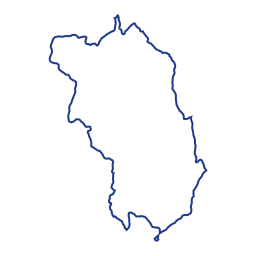 Itinga, Minas Gerais, Brazil
{"feature_id": "56859067B30106528147122", "entity_name": "Itinga", "entity_type": "district", "adm_level": 2, "iso_a3": "BRA", "parent_name": "Brazil", "parent_adm1": "Minas Gerais", "projection": "equal_earth", "projection_center": [-41.85, -16.599], "detail": "fine", "context": "isolated", "style": "outline", "palette": "blue", "viewbox_px": 256, "rotation_deg": 0, "n_neighbors": 0, "source": "geoboundaries", "source_scale": "gbopen_adm2", "svg_char_len": 5763}
<svg xmlns="http://www.w3.org/2000/svg" viewBox="0 0 256 256"><path d="M159.6,233.4L160.8,232.6L162.0,231.7L163.1,231.1L164.4,230.7L165.9,229.7L166.8,228.8L167.7,227.6L168.6,226.8L169.6,226.0L170.5,225.2L171.5,224.5L174.1,223.1L175.1,222.7L176.1,221.2L177.6,219.8L178.8,219.3L179.7,218.7L180.8,218.5L181.6,217.2L182.4,215.8L183.7,215.2L184.8,215.0L186.5,215.1L187.7,215.0L188.6,214.4L189.6,214.0L190.5,213.4L191.1,212.1L191.4,210.3L191.3,208.8L190.8,207.3L191.0,206.0L191.4,204.4L191.8,203.3L191.7,201.8L191.8,199.7L192.1,198.1L192.9,197.1L193.8,195.9L193.4,194.3L193.6,192.2L193.5,190.5L194.6,189.3L196.5,186.3L197.3,184.6L197.9,183.0L198.3,181.3L199.0,179.9L200.0,178.4L201.2,177.2L202.1,175.6L202.8,173.9L203.7,172.6L205.2,171.4L206.3,170.3L205.2,169.0L204.4,167.6L204.1,165.8L203.4,163.9L202.6,162.1L201.9,160.5L200.7,159.7L199.6,160.0L198.7,160.7L197.4,162.1L196.2,162.3L195.8,161.2L196.2,159.6L196.4,158.0L195.9,156.5L194.8,153.6L194.8,152.3L194.9,151.0L195.3,149.5L195.3,147.8L195.7,146.3L195.0,143.6L195.0,141.8L194.9,139.4L194.5,138.0L193.4,135.3L193.4,133.9L193.1,132.4L192.8,130.6L192.4,129.3L192.2,127.8L192.3,125.9L192.5,124.2L192.3,122.8L191.7,121.3L191.2,119.8L191.0,118.3L191.3,117.0L190.3,117.3L189.2,117.7L188.2,118.4L187.3,118.8L184.8,119.1L183.9,118.8L183.6,115.4L183.0,114.0L180.7,111.6L179.6,110.6L178.8,109.0L178.0,107.9L177.6,106.6L176.7,105.3L176.2,101.9L176.0,99.8L175.7,98.0L176.0,96.9L175.9,95.5L175.5,93.7L174.6,92.1L174.0,91.1L173.3,90.1L172.4,88.9L172.6,87.3L172.8,85.8L172.5,83.9L172.3,82.5L172.6,81.1L172.6,79.6L172.8,77.9L173.1,76.1L173.7,75.1L174.3,74.0L174.6,72.7L174.3,71.3L174.1,69.7L175.2,66.8L175.1,65.1L174.7,63.6L174.0,62.2L173.2,61.2L172.1,60.4L171.3,58.1L170.4,56.8L169.4,56.0L169.3,54.5L168.3,54.1L167.2,53.3L166.0,52.8L164.9,52.7L163.5,52.7L162.6,53.0L161.0,51.4L159.6,51.0L158.6,50.4L157.4,49.9L156.2,49.2L155.1,48.3L154.3,47.1L153.3,46.0L150.7,43.4L149.6,42.9L148.4,42.5L147.4,41.6L147.9,40.2L148.2,38.9L147.5,37.6L146.3,36.4L145.5,35.3L144.8,34.5L144.1,33.6L143.5,32.6L142.9,31.4L141.7,31.5L140.4,31.2L139.9,29.2L139.1,28.3L138.0,27.7L137.1,27.0L136.1,26.0L135.4,24.7L134.6,23.3L133.3,23.7L132.3,24.5L131.3,25.2L130.5,26.1L129.6,27.0L128.5,28.2L127.4,29.5L126.4,30.5L125.4,31.2L124.9,32.3L124.5,33.8L123.6,34.3L122.5,33.9L121.7,32.4L121.6,30.8L121.1,29.7L120.2,29.3L119.5,28.5L119.4,27.1L119.9,25.4L120.0,23.5L119.5,22.0L119.1,20.7L118.6,19.5L118.7,17.9L118.4,16.3L117.8,15.4L117.0,16.0L116.8,17.3L115.8,17.5L114.7,18.0L115.3,19.2L115.4,20.5L115.7,21.9L115.7,23.7L115.3,25.5L115.0,27.2L114.9,28.8L114.4,30.1L113.6,30.9L111.0,31.9L110.1,32.4L109.1,33.0L108.0,33.7L107.1,34.1L106.3,34.9L105.2,35.9L103.8,36.7L102.8,37.5L101.9,38.1L101.2,38.8L100.4,40.5L99.3,41.8L98.8,43.5L97.9,45.1L96.9,45.4L96.0,44.6L95.3,43.8L94.3,43.6L93.2,43.8L91.8,44.0L91.0,44.6L90.0,45.0L88.8,44.1L87.6,44.1L86.5,43.9L85.6,42.6L85.4,41.2L85.8,39.9L86.3,38.6L86.4,37.3L85.4,36.6L84.4,36.5L83.2,36.7L81.6,37.1L80.0,37.4L78.6,37.9L77.4,36.5L76.4,35.5L75.3,35.1L74.1,34.8L72.9,34.9L72.0,35.2L71.1,35.7L69.0,36.2L67.4,36.1L66.1,36.0L64.7,36.2L63.4,36.7L61.4,36.7L60.4,36.6L59.2,36.4L57.7,36.4L56.6,36.8L55.4,37.0L54.4,37.6L53.1,39.2L52.5,41.1L51.8,42.7L51.3,44.3L50.7,46.0L51.1,47.9L51.7,49.3L52.0,51.0L51.8,52.8L51.2,54.5L50.5,55.9L50.1,57.2L49.8,58.5L49.7,60.0L50.7,61.6L52.1,62.4L53.5,63.0L54.7,63.3L55.9,63.2L57.3,63.6L58.1,64.3L58.8,65.2L58.7,66.8L58.7,68.8L59.7,70.0L61.9,71.7L63.0,72.3L63.9,72.9L64.7,73.7L65.7,74.5L67.1,74.7L68.2,74.8L69.0,75.6L69.8,77.2L70.7,78.7L72.1,79.6L73.4,80.4L74.4,80.8L75.6,81.5L76.1,82.7L76.2,84.2L76.0,85.6L75.5,87.0L75.1,88.3L75.1,89.8L75.3,91.3L75.1,92.9L74.7,94.1L74.0,95.5L73.4,97.0L72.8,98.4L72.4,99.5L72.0,100.7L71.4,102.6L70.5,104.4L69.7,105.6L69.3,106.9L69.3,108.8L69.4,111.1L68.9,113.1L68.4,115.0L68.3,116.5L68.6,119.4L68.8,121.0L69.6,121.7L71.2,122.3L72.6,121.9L73.8,121.4L75.0,120.4L75.9,119.4L77.1,119.3L78.4,119.3L79.4,119.6L80.3,120.4L81.1,121.5L82.0,122.3L83.2,123.0L84.1,124.3L84.8,125.5L85.4,126.4L86.2,126.9L87.5,126.7L89.2,126.6L90.3,126.9L90.7,128.6L90.6,130.0L89.4,130.6L88.0,131.2L87.8,132.6L88.4,133.7L88.8,134.8L89.2,136.4L90.1,138.3L90.7,140.0L91.2,141.8L91.4,144.0L91.1,145.5L91.6,146.7L92.8,147.0L94.2,148.2L95.5,148.9L96.5,149.7L97.6,150.4L98.7,150.8L99.7,150.9L100.5,151.8L101.3,152.8L102.1,153.6L102.7,154.8L103.3,156.2L104.3,157.7L105.3,158.5L106.7,158.7L108.1,158.4L109.5,158.5L111.3,159.9L112.4,160.2L113.2,162.0L112.7,163.9L112.6,165.4L112.7,166.7L112.9,168.2L112.5,170.0L111.9,171.7L112.6,172.6L113.6,173.2L113.0,175.7L113.2,177.6L112.9,179.3L113.4,181.4L113.2,183.0L112.4,184.0L112.0,185.2L111.6,186.5L111.6,187.8L112.5,188.9L113.5,189.8L114.8,190.5L114.3,191.8L113.6,192.7L113.1,194.1L112.0,194.6L111.0,194.8L109.9,195.9L109.7,197.4L109.8,198.8L109.1,200.2L109.0,201.7L110.0,203.1L111.1,203.3L111.1,204.6L110.2,205.9L109.9,207.2L110.0,208.8L111.0,210.0L111.7,211.2L111.6,212.5L112.2,213.7L112.6,215.4L113.9,216.8L114.8,216.3L115.7,216.8L116.3,217.8L117.4,218.4L118.5,219.3L119.6,219.8L120.7,220.6L121.8,221.2L122.5,222.6L122.9,224.0L123.7,225.0L124.5,226.1L124.7,227.9L125.8,228.8L126.6,229.9L127.4,228.9L128.3,228.1L129.0,227.1L129.4,225.8L129.6,224.1L129.4,222.4L129.2,220.7L129.2,218.7L128.8,217.1L128.7,215.8L128.6,214.6L128.9,213.0L130.1,212.5L131.2,212.7L132.1,213.1L133.0,213.6L134.1,213.9L135.2,215.4L136.4,216.5L137.8,216.3L138.9,216.4L139.9,216.5L140.8,216.1L141.9,216.1L143.0,216.5L144.7,216.8L146.2,218.1L148.1,220.4L149.1,221.6L150.0,222.6L150.7,223.7L151.4,225.2L152.4,226.9L154.6,227.3L155.9,227.6L157.2,227.7L158.3,227.6L159.4,228.6L159.8,229.9L159.9,231.5L159.6,233.4ZM158.4,239.5L157.8,237.9L158.3,235.7L157.4,236.1L156.7,237.0L155.7,237.7L154.6,238.7L155.5,240.3L156.8,240.6L157.7,240.3L158.4,239.5Z" fill="none" stroke="#1e3a8a" stroke-width="2"/></svg>